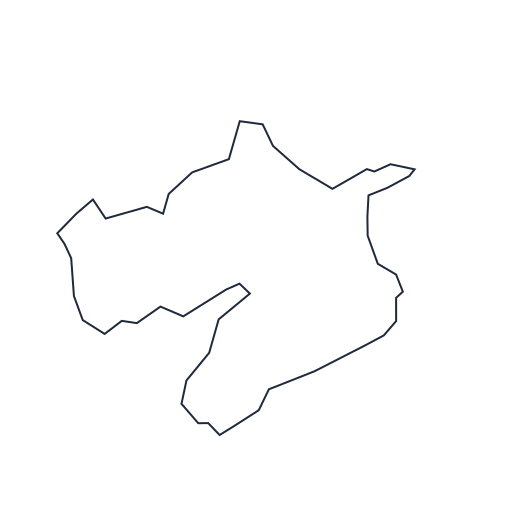 Tashlak, Ferghana, Uzbekistan (Natural Earth projection), rotated 237°
{"feature_id": "79887680B62642842050546", "entity_name": "Tashlak", "entity_type": "district", "adm_level": 2, "iso_a3": "UZB", "parent_name": "Uzbekistan", "parent_adm1": "Ferghana", "projection": "natural_earth1", "projection_center": [71.832, 40.543], "detail": "fine", "context": "isolated", "style": "outline", "palette": "slate", "viewbox_px": 512, "rotation_deg": 237, "n_neighbors": 0, "source": "geoboundaries", "source_scale": "gbopen_adm2", "svg_char_len": 810}
<svg xmlns="http://www.w3.org/2000/svg" viewBox="0 0 512 512"><g transform="rotate(237 256 256)"><path d="M259.7,418.8L262.4,401.3L268.5,396.3L270.7,356.7L305.2,339.6L339.1,330.2L362.8,333.3L377.9,315.8L352.0,286.0L360.9,248.0L355.6,216.6L342.1,201.1L356.7,191.2L369.3,150.3L392.2,150.0L389.4,128.7L383.3,101.7L370.6,102.0L354.8,99.8L321.6,81.5L296.6,75.8L273.1,86.6L274.7,108.1L264.6,119.5L265.6,148.3L245.0,162.1L244.1,212.9L241.8,227.1L227.8,230.4L223.2,190.2L200.3,164.0L189.5,129.9L172.6,113.0L147.2,116.5L141.9,124.9L125.7,128.0L125.3,146.8L125.2,174.4L137.2,194.2L127.5,242.1L121.7,298.0L119.8,320.0L125.1,338.1L144.6,350.7L146.1,359.7L164.1,363.4L183.1,353.9L212.2,360.7L228.4,370.9L245.6,383.4L241.7,402.9L239.6,428.2L242.3,436.2L259.7,418.8Z" fill="none" stroke="#1e293b" stroke-width="2"/></g></svg>